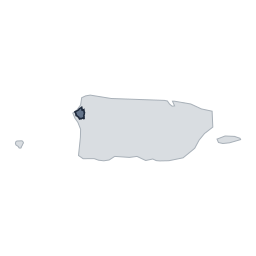 Aguada, Puerto Rico shown in context
{"feature_id": "32010507B12204404308150", "entity_name": "Aguada", "entity_type": "district", "adm_level": 2, "iso_a3": "PRI", "parent_name": "Puerto Rico", "parent_adm1": "", "projection": "equal_earth", "projection_center": [-67.173, 18.364], "detail": "fine", "context": "in_parent", "style": "filled", "palette": "slate", "viewbox_px": 256, "rotation_deg": 0, "n_neighbors": 0, "source": "geoboundaries", "source_scale": "gbopen_adm2", "svg_char_len": 2307}
<svg xmlns="http://www.w3.org/2000/svg" viewBox="0 0 256 256"><path d="M169.4,103.9L172.1,106.2L174.6,105.9L172.5,101.2L174.4,101.2L190.8,104.0L201.3,108.9L212.1,111.2L212.8,127.1L204.5,133.5L199.1,140.1L194.7,148.3L183.1,157.8L169.0,160.7L159.7,160.9L156.2,160.6L152.8,159.0L145.7,160.5L137.0,156.4L129.5,157.4L114.7,156.4L109.1,160.0L103.8,160.8L98.6,160.2L94.1,158.6L83.1,158.7L78.5,155.5L80.4,137.4L80.6,129.2L77.9,122.4L74.9,118.1L72.8,113.1L77.1,109.8L80.6,105.0L81.7,97.7L85.6,95.9L90.2,95.1L111.2,98.5L164.4,100.4L167.4,101.0L169.4,103.9ZM229.5,142.8L222.8,143.5L218.5,142.5L217.0,139.1L225.1,136.0L234.5,136.4L240.0,138.3L240.6,139.6L229.5,142.8ZM20.9,148.0L20.1,148.1L19.3,148.0L18.9,147.7L18.4,146.6L15.9,144.9L15.4,143.3L15.9,141.7L16.9,141.0L21.8,140.8L22.3,141.0L23.3,142.2L23.4,143.0L22.9,143.8L22.0,145.8L21.6,146.3L21.3,146.8L21.2,147.7L20.9,148.0Z" fill="#d9dde1" stroke="#a8b0b8" stroke-width="1"/><path d="M81.6,107.3L81.3,107.6L80.1,108.3L79.1,109.0L78.9,109.4L78.6,109.9L78.5,110.0L78.3,110.1L77.9,110.3L77.4,110.6L77.0,110.8L76.7,111.0L76.1,111.3L75.0,111.7L74.9,111.8L74.9,112.2L75.1,112.4L75.2,112.6L75.5,112.9L75.6,113.2L75.8,113.1L75.9,113.3L76.1,114.1L76.2,114.5L76.0,114.8L75.9,114.7L75.9,114.9L76.0,114.9L76.3,115.3L76.5,115.2L76.6,115.3L76.5,115.6L76.8,115.6L76.9,115.8L77.0,115.8L77.2,116.0L77.3,116.3L77.7,116.4L77.9,116.6L78.1,116.8L78.4,116.9L78.6,117.0L78.5,117.5L79.1,117.9L79.1,118.3L79.3,118.7L79.5,119.0L79.7,118.9L79.9,118.9L80.0,118.8L80.4,118.5L80.4,118.4L80.5,118.4L80.7,118.7L80.9,118.6L81.1,118.7L81.2,118.8L81.5,118.7L81.8,118.3L82.2,118.2L82.4,118.2L82.6,118.0L82.8,118.0L82.9,117.9L83.0,117.9L83.2,118.1L83.4,118.4L83.5,118.6L83.9,118.5L84.1,118.5L84.2,118.0L84.1,117.6L83.8,117.0L84.1,116.5L84.0,115.9L83.9,115.9L83.9,115.7L83.8,115.2L84.0,114.9L84.0,114.7L84.3,114.3L84.3,114.0L84.4,113.6L84.3,113.0L84.3,112.9L84.5,112.4L84.1,112.2L84.1,111.9L84.2,111.6L84.1,111.2L84.0,110.5L84.0,110.3L83.9,110.3L83.9,110.5L83.4,110.6L83.3,110.4L83.2,110.2L83.3,110.0L83.1,110.1L83.0,109.9L82.7,110.0L82.7,109.8L82.4,109.9L82.2,109.7L81.9,109.8L81.9,109.5L82.1,109.4L82.0,109.2L82.0,108.8L81.8,108.7L81.9,108.2L81.7,108.1L81.7,107.9L81.8,108.0L81.9,107.6L81.7,107.9L81.4,107.9L81.6,107.6L81.7,107.3L81.6,107.3Z" fill="#64748b" stroke="#1e293b" stroke-width="1.5"/></svg>